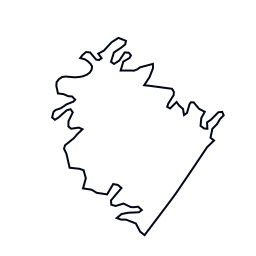 outline of Maximiliano de Almeida, Rio Grande do Sul, Brazil, rotated 312°
{"feature_id": "56859067B14232975960576", "entity_name": "Maximiliano de Almeida", "entity_type": "district", "adm_level": 2, "iso_a3": "BRA", "parent_name": "Brazil", "parent_adm1": "Rio Grande do Sul", "projection": "robinson", "projection_center": [-51.805, -27.596], "detail": "fine", "context": "isolated", "style": "outline", "palette": "ink", "viewbox_px": 256, "rotation_deg": 312, "n_neighbors": 0, "source": "geoboundaries", "source_scale": "gbopen_adm2", "svg_char_len": 1752}
<svg xmlns="http://www.w3.org/2000/svg" viewBox="0 0 256 256"><g transform="rotate(312 128 128)"><path d="M106.8,52.8L110.0,57.4L111.7,62.4L114.0,65.3L113.7,69.8L111.1,69.8L104.4,66.5L97.8,64.9L93.0,62.2L90.3,61.8L85.1,64.5L85.2,68.2L89.2,69.3L100.1,70.6L103.5,72.7L102.7,76.5L93.3,79.2L89.3,82.6L89.4,86.2L95.4,91.2L96.6,95.0L89.3,94.4L84.3,94.6L73.1,92.8L69.8,94.3L67.6,99.6L59.4,111.2L65.2,119.2L66.9,123.3L62.4,130.3L53.0,135.0L57.8,142.2L58.9,148.1L64.7,156.9L76.4,154.5L78.9,158.6L79.0,163.3L62.8,163.8L59.8,167.0L61.8,171.0L68.8,175.2L71.1,182.9L73.1,185.4L76.3,188.2L76.3,193.1L72.7,192.5L65.1,184.8L59.8,180.8L53.6,179.9L55.3,184.1L58.6,187.9L62.3,197.7L59.1,206.4L59.5,212.0L101.0,208.4L111.9,207.3L139.5,203.5L166.8,199.6L176.3,200.3L176.0,195.8L183.9,191.2L190.2,191.6L196.3,190.4L201.5,190.6L203.0,187.2L200.1,184.6L189.7,184.1L185.1,183.0L180.5,187.5L178.6,184.9L178.1,180.5L184.5,175.8L191.4,174.2L189.8,167.9L191.0,159.6L189.1,157.5L186.6,157.9L178.6,161.8L175.1,161.0L179.0,156.1L178.9,150.9L179.8,146.7L170.7,146.2L170.0,142.9L173.1,141.6L183.0,139.9L185.5,138.0L186.6,134.5L173.8,115.8L170.6,111.4L180.1,110.0L184.1,108.5L189.1,106.6L192.3,103.6L185.8,99.4L181.1,96.3L178.1,95.8L174.6,94.1L172.9,92.0L165.8,84.1L174.2,80.1L181.1,82.3L183.9,81.6L184.5,78.3L182.0,75.0L172.2,76.4L166.2,74.7L165.8,71.1L174.7,67.0L183.2,69.2L188.2,70.0L191.4,68.2L188.6,60.6L183.9,59.3L180.6,58.4L169.3,58.3L163.3,56.1L162.2,61.6L159.1,61.0L157.5,58.5L158.8,49.3L156.4,46.0L151.5,45.4L148.0,45.7L150.2,50.0L150.7,53.6L150.6,57.2L149.7,60.1L146.9,62.0L143.6,62.5L140.2,61.8L136.6,60.1L133.7,58.0L130.1,54.6L126.6,50.0L124.6,47.3L121.8,44.9L118.2,44.0L114.3,44.3L111.4,46.5L108.9,50.0L106.8,52.8Z" fill="none" stroke="#020617" stroke-width="2"/></g></svg>